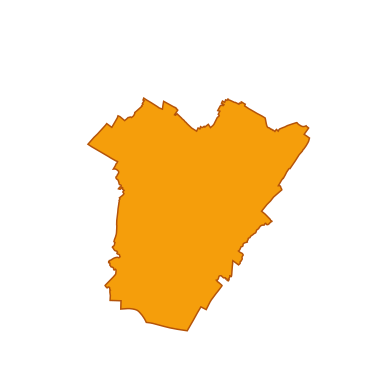 the district of Tieu Can, Trà Vinh, Vietnam, rotated 322°
{"feature_id": "81297802B7308282486980", "entity_name": "Tieu Can", "entity_type": "district", "adm_level": 2, "iso_a3": "VNM", "parent_name": "Vietnam", "parent_adm1": "Trà Vinh", "projection": "mercator", "projection_center": [106.203, 9.81], "detail": "fine", "context": "isolated", "style": "filled", "palette": "amber", "viewbox_px": 384, "rotation_deg": 322, "n_neighbors": 0, "source": "geoboundaries", "source_scale": "gbopen_adm2", "svg_char_len": 5991}
<svg xmlns="http://www.w3.org/2000/svg" viewBox="0 0 384 384"><g transform="rotate(322 192 192)"><path d="M144.1,125.5L145.5,126.4L145.8,126.8L146.2,127.5L146.4,127.9L146.8,129.7L146.8,130.3L146.7,130.8L146.4,131.3L145.5,132.0L145.1,132.2L144.1,132.3L143.2,133.0L142.9,133.1L141.6,133.3L141.3,133.4L140.8,134.0L140.7,134.3L140.6,135.3L141.0,136.6L141.0,137.3L140.1,139.9L139.6,140.6L139.5,141.3L139.5,141.6L140.2,142.6L140.2,143.0L140.1,143.5L139.7,143.8L139.4,144.0L138.8,144.0L138.2,143.7L137.8,143.7L136.0,144.2L136.5,145.0L137.1,145.6L137.4,145.7L138.2,145.6L139.0,145.3L139.3,145.3L139.7,145.5L139.9,146.2L139.0,147.1L139.0,147.3L139.5,148.9L137.5,149.4L137.4,151.3L137.2,151.5L135.4,151.9L131.2,151.9L131.0,152.9L130.8,153.1L129.7,153.6L129.3,153.8L128.8,154.8L128.1,155.2L126.8,156.5L123.3,159.8L121.1,162.2L115.1,168.2L112.3,171.6L112.3,171.9L110.5,174.1L107.6,177.4L106.4,178.6L103.9,180.4L101.7,181.7L99.9,183.1L100.2,184.4L99.4,184.9L98.0,186.1L97.5,186.3L95.8,186.2L95.4,186.4L95.2,186.6L95.3,187.5L95.1,189.1L95.1,190.3L95.3,191.0L96.3,192.3L96.3,192.5L96.3,193.4L96.1,193.8L95.7,193.9L95.2,193.9L95.0,194.2L95.0,194.5L95.5,195.7L96.2,196.5L96.2,196.8L95.6,198.1L95.5,198.7L94.5,198.9L94.0,198.8L93.7,198.6L93.4,197.9L92.7,197.3L91.1,196.5L89.5,196.0L85.7,195.6L84.8,195.2L84.6,195.5L84.3,195.7L83.8,195.4L83.6,195.4L83.2,196.0L82.8,196.4L82.9,196.6L83.4,196.9L83.5,197.3L83.3,197.8L82.2,199.2L82.3,200.2L82.1,200.9L82.2,201.3L82.9,202.1L83.3,202.9L83.3,203.5L82.7,204.6L82.6,205.5L83.1,205.7L84.0,205.6L84.1,205.8L84.2,206.2L84.1,206.6L83.6,207.4L81.5,209.6L80.3,210.0L77.6,210.5L66.0,212.1L65.8,213.1L66.0,215.2L66.4,215.4L67.2,215.3L67.6,215.3L68.1,216.0L68.2,216.6L67.8,217.0L67.6,217.7L67.2,218.5L67.2,219.0L66.8,218.9L65.6,220.4L63.8,223.5L62.7,224.7L60.7,227.0L69.1,234.0L63.8,240.4L69.3,244.1L71.2,245.6L73.3,247.7L74.8,249.5L75.7,250.9L76.2,252.1L76.6,254.1L76.8,258.3L76.5,262.7L76.1,264.9L75.7,266.6L78.4,269.3L80.3,271.5L87.3,280.8L91.0,285.5L96.0,291.2L102.8,298.4L114.4,293.7L121.9,290.5L128.3,288.0L130.8,293.4L138.4,289.8L140.8,288.9L148.5,286.8L152.3,285.9L156.4,284.8L158.0,284.3L158.1,284.1L157.5,280.5L157.0,278.5L156.9,276.5L157.9,276.9L159.0,276.7L159.7,276.3L161.0,275.3L161.7,275.0L162.5,275.2L163.4,275.9L163.5,276.1L163.9,278.7L164.1,279.1L164.2,279.3L164.9,279.6L165.5,280.1L165.5,280.3L165.1,280.8L165.1,281.4L165.7,281.6L165.9,281.9L165.9,282.2L165.9,282.5L165.3,283.1L165.3,283.4L166.0,284.4L166.8,284.1L167.4,283.7L167.3,283.2L169.9,282.0L170.1,281.3L170.2,281.2L170.4,281.3L170.6,282.4L171.0,282.8L172.1,281.9L178.2,275.2L180.1,273.3L180.4,272.7L181.9,271.3L183.8,278.1L185.9,277.9L186.3,277.5L186.7,276.8L187.1,276.7L187.8,276.8L188.3,276.4L189.1,276.2L189.9,276.0L190.8,275.1L191.1,274.4L191.6,273.9L192.0,273.7L193.4,273.3L193.6,273.1L193.7,272.5L193.8,271.5L192.6,268.7L192.3,267.1L193.2,267.1L194.1,266.9L196.9,265.4L198.2,265.9L198.7,265.9L199.1,265.7L200.1,264.6L200.5,264.4L201.3,264.4L202.0,264.4L204.6,265.5L204.8,265.5L205.1,264.9L205.7,264.5L206.8,264.1L207.8,263.2L208.1,263.2L209.6,263.6L209.9,263.5L210.5,263.1L210.9,263.0L212.0,263.0L213.6,263.1L215.2,263.0L216.9,263.3L217.2,263.3L218.0,262.8L219.3,261.9L220.4,261.8L221.2,261.9L221.7,261.9L222.2,261.8L223.2,261.4L224.8,261.0L225.5,261.0L226.4,261.2L227.2,261.5L228.3,262.4L228.6,262.5L229.0,262.4L230.1,261.8L230.5,261.8L230.7,262.0L230.9,262.3L230.8,263.4L230.9,263.8L231.7,264.4L233.3,264.5L233.9,264.3L236.4,264.2L236.8,264.4L237.0,264.3L237.0,264.0L236.5,263.0L236.8,261.6L236.0,254.4L235.0,250.0L243.4,248.0L248.4,247.4L253.2,246.2L264.1,245.6L264.4,245.0L264.7,243.3L265.1,242.4L265.2,241.7L265.1,241.2L264.4,240.5L263.9,240.2L264.3,239.9L265.0,239.8L269.7,237.9L272.1,237.2L272.3,237.5L275.9,236.0L278.8,234.6L281.6,233.7L282.4,233.4L283.1,233.4L283.3,233.5L283.6,233.9L292.1,231.2L299.4,228.6L304.1,227.7L304.6,227.5L305.4,227.1L306.8,226.9L310.5,225.8L313.7,224.5L315.3,223.7L316.2,223.0L317.8,221.8L315.9,215.6L323.3,213.4L323.2,212.8L322.7,211.0L322.6,210.5L322.7,210.1L321.5,209.8L320.4,209.3L319.3,208.3L318.8,207.5L317.7,204.8L317.4,203.2L317.4,202.0L317.1,201.7L312.9,200.1L308.0,198.4L304.9,197.8L303.8,197.4L299.9,196.3L298.7,196.5L297.4,197.1L297.1,194.7L295.8,194.9L294.6,195.3L294.1,193.3L294.0,193.1L293.6,193.1L293.4,191.5L292.9,191.2L292.7,191.0L292.7,190.5L292.5,189.4L291.9,188.4L291.5,187.9L291.5,187.0L291.6,186.3L292.1,185.0L293.2,182.7L294.9,179.4L295.2,178.7L293.9,175.2L291.6,170.1L288.7,162.8L288.3,162.0L286.5,156.6L288.0,155.6L287.8,155.3L286.5,151.6L286.3,151.3L286.1,151.4L285.6,152.0L285.3,152.2L285.1,152.2L284.1,151.1L283.0,151.7L281.7,148.9L281.4,148.3L281.3,148.1L280.7,147.6L280.5,147.3L280.2,146.6L278.4,143.1L277.7,142.2L277.6,141.6L277.8,141.3L277.4,140.8L275.9,141.3L275.2,140.1L273.0,141.4L272.0,139.1L269.9,140.2L271.0,142.8L270.0,143.2L269.6,142.7L269.4,142.7L269.2,142.5L269.0,141.9L268.4,141.9L268.1,141.5L267.2,141.6L262.4,143.7L263.7,145.5L260.5,146.9L260.7,148.3L259.9,148.8L257.7,148.9L251.0,152.1L249.2,152.5L246.2,152.6L246.5,148.7L242.1,148.7L242.0,147.7L240.5,147.7L239.5,147.3L239.0,145.8L237.9,146.5L237.5,146.9L237.3,147.3L237.3,147.7L236.2,145.3L233.1,146.9L231.1,141.4L230.2,135.3L230.1,133.4L229.9,132.9L229.8,131.9L229.8,130.5L229.2,127.8L229.3,127.5L228.4,121.3L227.7,121.4L227.4,121.0L226.3,121.3L225.8,120.4L231.2,118.7L230.9,116.7L231.2,116.6L231.2,116.3L230.6,114.6L230.4,114.6L225.5,103.1L223.1,105.2L219.7,108.5L217.9,105.6L217.3,103.5L214.9,96.7L212.8,91.3L211.8,88.3L210.0,89.4L210.5,90.6L207.4,91.7L207.4,92.6L207.0,92.6L205.2,93.2L205.2,93.6L197.5,94.1L195.9,94.1L195.8,94.5L194.4,95.3L193.6,95.7L192.8,96.0L191.6,96.1L190.1,96.0L190.0,95.4L189.6,95.0L189.2,94.7L188.7,94.7L187.5,94.0L185.3,94.2L182.9,94.3L181.6,88.2L180.6,86.4L178.8,87.6L174.1,89.5L168.6,91.7L166.9,85.6L165.0,86.1L153.3,88.1L148.4,88.6L139.4,90.3L140.8,94.5L148.1,112.8L148.9,115.1L151.1,120.4L152.1,122.2L151.1,122.8L150.4,123.0L149.5,123.1L147.5,124.2L144.1,125.5Z" fill="#f59e0b" stroke="#b45309" stroke-width="1.5"/></g></svg>